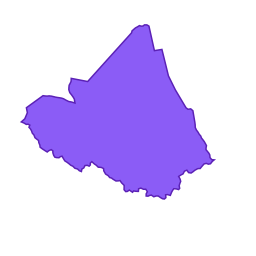 outline of Filadélfia, Bahia, Brazil, rotated 321°
{"feature_id": "56859067B92163850644404", "entity_name": "Filadélfia", "entity_type": "district", "adm_level": 2, "iso_a3": "BRA", "parent_name": "Brazil", "parent_adm1": "Bahia", "projection": "robinson", "projection_center": [-40.167, -10.734], "detail": "fine", "context": "isolated", "style": "filled", "palette": "violet", "viewbox_px": 256, "rotation_deg": 321, "n_neighbors": 0, "source": "geoboundaries", "source_scale": "gbopen_adm2", "svg_char_len": 2339}
<svg xmlns="http://www.w3.org/2000/svg" viewBox="0 0 256 256"><g transform="rotate(321 128 128)"><path d="M48.9,56.1L50.4,58.9L51.2,61.2L52.7,62.1L53.5,64.0L51.5,65.1L51.6,67.4L51.2,69.6L50.4,71.7L50.5,74.3L49.6,77.0L50.1,79.3L50.6,81.4L49.5,83.2L48.7,85.9L47.6,87.6L48.3,90.4L49.3,93.5L50.1,95.8L52.2,95.8L54.7,96.5L55.2,98.5L54.0,100.0L53.0,102.6L52.8,104.7L54.0,106.2L55.7,107.7L57.4,107.7L59.0,108.4L58.6,110.8L58.2,113.8L59.1,116.4L59.7,118.9L60.1,121.0L61.1,123.0L61.4,125.9L63.0,128.1L63.3,130.6L64.4,132.5L66.3,130.9L68.5,131.2L70.9,130.1L72.8,131.3L73.8,133.2L75.5,133.0L76.5,131.6L78.7,131.4L79.2,134.7L79.9,136.9L80.2,139.7L82.4,141.8L83.5,144.1L82.2,146.1L81.6,149.7L82.6,152.5L82.6,155.0L83.7,156.5L84.1,158.3L85.3,161.6L87.2,163.0L88.7,163.8L88.5,166.6L88.9,170.2L87.7,171.6L86.1,173.5L86.2,176.0L87.6,176.9L90.0,177.1L90.5,178.9L91.1,180.8L92.7,180.4L94.3,182.2L96.2,183.8L98.0,181.9L100.2,182.8L101.4,185.3L103.3,186.8L102.9,189.7L100.7,190.6L99.3,192.3L100.7,193.6L102.3,194.0L103.9,194.8L104.8,197.7L107.0,198.5L108.7,199.9L109.6,202.9L110.3,204.7L111.6,206.1L113.6,206.0L115.2,203.6L116.7,204.5L118.5,207.0L120.1,206.1L121.8,205.2L123.6,204.5L125.4,204.0L127.2,205.7L128.6,207.7L130.2,207.4L131.4,205.1L133.3,203.8L135.4,202.6L136.4,200.3L136.9,197.5L139.5,197.8L141.9,198.3L144.7,197.1L147.2,197.8L147.0,200.8L148.7,202.7L150.9,202.9L153.4,202.9L156.7,203.5L158.6,204.9L160.4,204.5L162.6,204.1L164.6,203.8L166.6,204.8L167.7,206.7L169.6,207.7L172.6,207.0L174.9,207.0L173.2,205.3L173.1,202.7L174.6,200.4L175.0,198.4L175.0,196.2L175.0,193.9L176.2,192.5L177.9,191.1L178.3,188.9L178.7,186.7L178.8,184.3L178.8,182.0L179.5,180.0L179.4,177.8L179.8,175.2L179.9,172.6L180.6,169.9L182.2,167.8L183.5,165.7L189.3,155.4L188.8,152.6L186.4,151.2L185.8,148.8L188.8,128.1L192.2,113.0L203.8,88.3L197.2,84.5L208.4,62.0L207.6,59.8L205.7,58.2L203.9,58.2L202.4,57.2L201.3,55.6L199.4,55.4L196.8,54.9L192.4,55.0L190.6,56.3L158.1,61.4L136.0,64.9L132.9,65.4L129.1,66.0L125.9,66.5L115.1,53.7L113.2,55.9L111.2,56.9L109.2,57.7L107.6,59.3L106.1,61.0L105.0,63.9L105.0,66.7L104.8,69.7L104.5,71.7L102.5,75.2L100.5,72.3L98.6,70.1L97.3,67.3L96.3,64.7L95.2,63.0L93.8,61.4L92.5,60.0L91.1,58.4L89.9,56.8L88.5,55.0L86.9,53.4L85.2,52.3L83.6,50.8L82.3,49.4L61.8,48.3L59.4,52.8L53.6,55.9L48.9,56.1Z" fill="#8b5cf6" stroke="#5b21b6" stroke-width="1.5"/></g></svg>